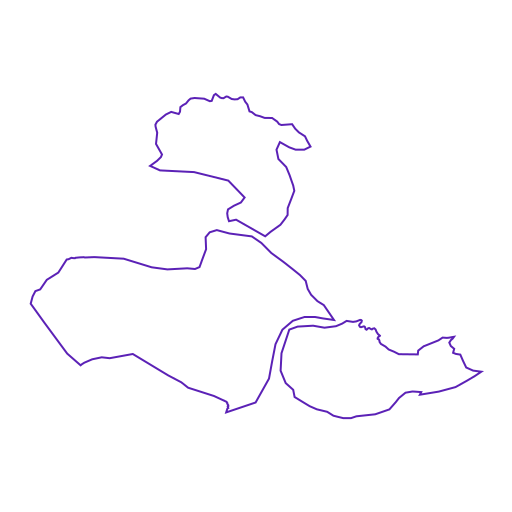 Warri South-West, Delta, Nigeria
{"feature_id": "59680162B46174350236230", "entity_name": "Warri South-West", "entity_type": "district", "adm_level": 2, "iso_a3": "NGA", "parent_name": "Nigeria", "parent_adm1": "Delta", "projection": "albers", "projection_center": [5.499, 5.604], "detail": "fine", "context": "isolated", "style": "outline", "palette": "violet", "viewbox_px": 512, "rotation_deg": 0, "n_neighbors": 0, "source": "geoboundaries", "source_scale": "gbopen_adm2", "svg_char_len": 3235}
<svg xmlns="http://www.w3.org/2000/svg" viewBox="0 0 512 512"><path d="M226.2,412.4L255.6,402.5L269.0,378.6L272.2,361.1L275.5,344.2L282.4,329.7L292.8,320.8L304.4,317.0L315.0,317.0L322.8,318.4L334.0,320.0L323.8,305.1L317.5,301.2L311.1,294.8L307.7,288.9L305.7,280.9L299.9,275.0L292.6,269.1L287.0,264.7L286.4,264.2L282.9,261.5L271.4,253.1L261.4,243.0L251.8,236.4L229.5,233.5L216.8,230.1L209.7,232.3L205.6,237.2L206.1,249.2L201.6,261.3L201.2,262.5L199.5,267.1L195.0,269.0L187.3,268.3L167.4,269.4L151.7,267.3L147.8,266.1L123.7,258.7L94.3,257.1L84.9,257.5L83.8,257.2L79.5,257.4L75.5,257.8L75.0,258.2L73.1,258.1L71.4,257.8L68.6,259.2L66.7,259.5L60.7,268.9L58.3,272.6L46.8,279.8L40.2,289.4L35.4,291.1L32.6,296.5L30.7,303.7L44.6,323.0L67.2,353.6L80.6,365.3L81.8,364.3L84.3,362.7L92.2,359.3L101.7,357.3L109.7,358.2L132.8,354.0L168.2,375.4L181.3,382.3L188.1,387.7L214.0,396.0L226.3,401.7L226.7,402.0L226.9,402.8L227.3,403.0L227.5,404.2L227.9,404.6L227.9,405.2L228.3,405.4L228.3,405.8L228.1,405.8L228.1,407.2L227.9,407.2L228.1,407.8L227.9,407.8L227.9,408.2L227.3,408.8L226.2,412.4ZM419.9,394.7L438.8,391.6L455.5,387.1L466.8,380.8L474.9,376.0L481.3,371.7L473.1,370.6L466.2,367.5L463.0,360.8L460.3,354.6L455.8,353.9L453.1,352.8L454.2,348.8L450.8,346.0L449.3,342.6L450.9,340.1L452.6,338.7L454.0,336.8L452.2,337.1L448.9,337.7L446.9,337.9L442.6,337.6L438.4,340.4L424.2,346.1L423.8,346.2L418.2,350.6L417.8,354.4L398.9,354.2L394.0,351.7L388.7,349.5L385.5,346.6L380.9,343.9L379.6,342.0L379.4,340.6L378.9,339.4L377.7,338.9L377.6,338.2L378.5,336.7L379.7,336.1L379.9,335.7L377.9,334.0L376.4,331.6L375.6,329.5L374.3,328.3L372.7,328.7L371.9,329.4L371.0,329.1L369.1,328.0L368.1,328.3L366.6,329.7L365.6,329.2L365.0,327.1L364.4,326.5L363.7,326.4L361.0,327.2L359.9,326.8L359.1,325.3L359.6,324.1L361.5,322.1L361.8,320.6L361.1,320.0L360.1,319.9L356.3,321.4L353.0,321.9L346.6,320.9L342.2,323.6L336.0,326.2L324.5,327.7L313.1,325.7L297.6,326.6L289.3,329.6L281.5,353.2L280.6,370.7L285.7,383.1L293.2,389.8L294.6,397.0L303.9,402.7L309.7,406.2L316.8,409.3L327.2,411.8L333.4,415.7L337.3,416.7L343.1,418.1L351.1,418.1L356.4,416.3L375.2,414.3L389.4,409.4L395.8,402.1L399.0,398.0L405.5,392.7L412.4,391.5L414.3,391.6L415.9,391.7L421.2,392.1L419.9,394.7ZM229.0,221.2L236.1,219.7L265.2,236.3L270.6,231.8L280.4,224.8L284.5,219.5L287.6,215.0L287.7,208.1L291.3,198.8L294.3,190.8L293.2,185.5L291.5,180.7L289.6,175.2L286.2,167.0L278.4,159.0L276.5,149.7L279.9,142.1L289.2,147.3L295.7,149.7L304.2,149.7L310.5,146.6L307.1,140.7L305.0,136.3L298.9,132.4L295.2,128.7L292.1,124.2L281.4,125.0L279.1,124.1L277.2,121.6L272.1,118.0L264.6,117.9L260.0,116.2L255.6,115.1L251.8,112.1L249.5,111.4L247.4,104.5L245.2,101.7L243.1,97.4L240.3,97.4L237.6,99.2L234.6,99.4L231.7,99.0L227.8,96.7L226.3,96.5L223.5,98.2L221.7,98.1L220.2,97.6L215.7,93.9L213.9,95.2L211.7,100.9L209.8,101.2L204.2,98.7L194.6,98.0L190.6,98.6L188.6,100.3L186.0,103.5L183.0,105.1L180.4,107.1L180.0,111.7L178.7,114.0L171.2,111.9L165.9,114.5L157.0,121.7L155.4,124.7L155.6,126.7L157.2,132.7L156.5,139.4L156.0,143.9L162.0,154.5L160.9,157.1L157.0,160.9L150.1,165.9L160.0,170.4L194.1,172.1L228.3,180.6L244.6,197.5L240.9,202.5L234.0,205.7L228.0,209.4L227.2,213.3L227.7,217.1L229.0,221.2Z" fill="none" stroke="#5b21b6" stroke-width="2"/></svg>